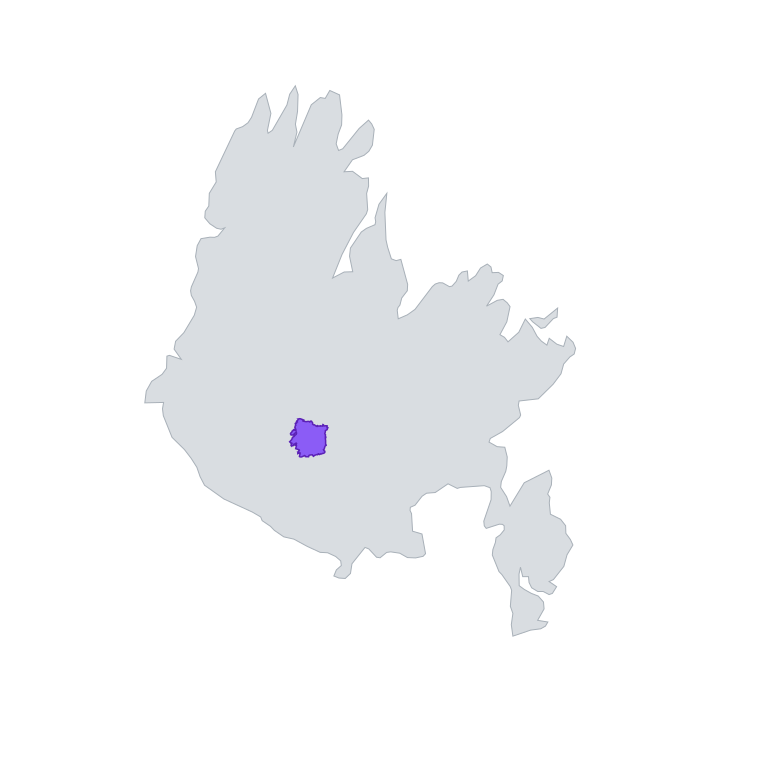 Edenderry Lea-6, Offaly, Ireland shown in context, rotated 130°
{"feature_id": "5873133B48901885331675", "entity_name": "Edenderry Lea-6", "entity_type": "district", "adm_level": 2, "iso_a3": "IRL", "parent_name": "Ireland", "parent_adm1": "Offaly", "projection": "orthographic", "projection_center": [-7.208, 53.279], "detail": "fine", "context": "in_parent", "style": "filled", "palette": "violet", "viewbox_px": 768, "rotation_deg": 130, "n_neighbors": 0, "source": "geoboundaries", "source_scale": "gbopen_adm2", "svg_char_len": 8538}
<svg xmlns="http://www.w3.org/2000/svg" viewBox="0 0 768 768"><g transform="rotate(130 384 384)"><path d="M473.1,144.3L460.0,153.6L458.0,157.1L454.2,171.3L453.8,175.3L445.4,191.1L440.8,194.2L433.8,196.8L429.8,199.3L424.8,198.0L418.5,198.1L415.3,200.9L415.4,203.1L417.3,205.6L428.9,212.9L428.2,216.0L424.9,219.4L403.8,227.6L397.5,232.7L395.3,236.1L397.4,241.8L414.1,259.0L416.9,260.8L419.3,270.8L434.2,275.0L440.3,281.2L445.5,282.7L456.9,282.3L461.5,284.6L464.1,282.8L465.6,279.6L478.4,267.5L474.5,258.5L487.3,243.1L490.9,243.3L496.9,248.0L501.9,254.5L503.5,263.2L508.3,271.0L511.3,273.7L519.6,275.3L521.5,278.3L520.1,289.7L521.4,293.5L542.3,293.0L550.7,287.9L557.9,288.7L561.6,293.8L563.3,299.0L557.0,301.0L550.5,300.0L547.3,303.5L547.2,310.2L549.5,318.7L554.0,324.7L557.7,338.3L560.8,353.4L565.5,362.5L566.6,373.9L566.0,379.5L567.0,389.5L565.1,393.0L566.7,402.4L575.0,432.7L576.9,456.4L573.2,465.3L568.1,473.8L564.9,483.9L562.5,494.7L561.1,512.1L550.1,532.7L545.3,537.8L539.8,541.0L552.2,555.1L542.2,561.6L531.3,563.7L519.2,560.2L511.7,560.7L502.2,568.2L500.0,566.8L495.4,555.1L492.2,567.2L485.2,571.1L473.3,570.3L453.3,573.5L445.6,576.9L442.4,582.3L440.0,588.5L436.9,592.1L433.4,594.0L417.9,598.5L414.8,600.3L407.5,610.3L398.1,616.0L390.3,617.6L383.4,611.7L380.6,608.1L377.5,606.3L366.8,606.4L370.2,608.3L372.3,612.4L373.2,620.4L371.9,628.1L366.5,632.0L360.3,632.6L350.2,640.4L337.1,642.4L329.8,649.6L286.1,661.0L283.6,661.1L277.7,657.7L271.3,656.1L264.8,656.9L246.3,663.3L237.5,661.6L249.4,644.6L264.7,636.3L266.4,634.0L261.5,632.6L232.7,637.7L222.6,642.5L212.6,643.6L217.5,635.9L230.7,625.5L242.0,618.8L247.0,612.6L260.7,605.8L216.8,619.2L205.5,616.9L203.0,612.6L194.0,614.2L191.1,603.9L204.9,589.2L212.8,583.0L221.9,579.8L230.8,575.0L234.3,568.9L230.3,566.8L204.2,567.3L191.8,565.5L192.7,560.6L195.2,555.2L208.5,546.4L215.5,545.2L221.7,546.3L232.5,552.3L247.1,551.0L241.3,544.8L240.6,532.7L236.1,528.4L242.3,523.0L249.2,519.8L260.9,508.6L265.0,506.9L287.5,504.8L311.8,499.4L335.9,491.5L323.8,486.5L318.1,480.1L308.3,492.5L301.4,497.1L282.2,499.1L276.1,497.5L267.7,493.3L265.0,494.7L262.4,497.7L249.5,503.4L236.1,504.4L252.0,493.6L272.3,475.1L276.9,469.1L283.4,458.8L281.7,454.0L277.7,451.2L292.5,429.9L297.6,426.1L306.7,425.7L313.4,422.5L316.3,422.5L319.0,421.3L324.9,415.0L316.1,410.6L306.9,408.2L278.3,409.6L274.5,409.0L271.0,406.9L268.8,404.0L267.4,396.5L265.3,394.8L258.9,394.6L252.5,396.6L248.1,396.2L243.8,392.8L251.0,385.6L242.2,383.4L233.1,384.6L225.7,382.0L225.6,377.3L229.2,372.7L224.9,368.0L224.2,362.3L229.1,359.7L234.2,360.8L245.0,357.1L258.5,355.5L247.1,351.0L242.6,347.2L242.6,341.8L243.7,337.2L257.4,329.9L271.7,326.9L270.8,321.7L272.0,316.1L257.7,314.0L243.4,317.5L245.3,306.8L249.1,297.3L250.0,291.0L249.5,284.2L242.8,286.8L242.4,277.2L239.8,270.5L229.9,274.7L230.5,266.0L233.6,260.1L238.8,257.6L243.8,259.0L253.2,259.2L262.4,255.0L275.5,254.3L296.2,256.3L310.2,269.6L314.0,267.4L319.9,259.4L322.6,258.6L344.1,262.6L357.4,267.6L361.0,266.2L359.3,257.1L354.8,250.8L360.7,242.7L367.8,237.3L372.6,234.6L383.4,231.4L388.2,228.2L391.5,217.7L396.6,209.0L369.5,213.1L344.0,202.2L348.2,195.0L353.7,190.9L363.1,187.9L364.1,184.1L368.8,181.0L376.8,172.8L374.1,161.8L375.8,153.8L381.5,148.7L383.3,141.3L385.9,135.8L397.2,134.0L408.1,129.0L424.9,128.5L429.2,130.6L428.3,121.5L436.2,120.4L439.2,122.2L440.6,128.6L444.1,132.8L445.2,139.9L442.8,145.3L438.7,149.5L442.4,153.9L436.6,161.7L442.8,158.4L451.6,150.8L451.2,144.5L449.7,136.6L447.3,129.5L448.5,121.7L453.4,116.8L466.3,114.4L461.0,105.5L465.7,104.7L470.8,106.6L478.3,113.5L494.3,123.2L486.5,131.8L476.9,137.8L473.1,144.3ZM240.8,310.2L240.2,314.3L234.1,308.9L231.3,303.1L214.2,299.8L221.6,294.4L225.0,296.3L237.2,297.0L240.5,299.5L240.8,310.2Z" fill="#d9dde1" stroke="#a8b0b8" stroke-width="1"/><path d="M459.1,415.5L459.2,415.9L459.3,416.0L459.6,416.3L459.7,416.2L459.8,416.2L460.3,416.3L460.5,416.5L460.8,416.5L460.9,417.3L461.4,418.1L461.8,418.5L462.5,419.0L462.9,419.5L463.1,419.7L463.5,420.4L464.5,422.2L464.4,422.4L463.2,422.2L463.4,423.0L463.8,424.2L464.0,424.4L464.1,424.5L464.1,425.2L464.3,425.5L464.5,425.9L464.7,426.2L464.8,426.2L465.0,426.5L466.0,427.3L466.0,427.2L466.2,426.9L466.5,427.0L466.8,426.9L467.2,426.8L467.6,426.9L467.8,426.9L468.0,427.0L468.4,427.0L468.5,426.8L468.6,426.4L468.9,426.7L469.2,426.8L469.3,426.8L469.5,426.7L469.5,426.4L469.3,426.3L469.5,426.0L469.8,426.1L470.0,425.9L470.5,425.9L470.7,426.1L470.7,426.4L470.8,426.5L471.1,426.6L471.3,426.6L471.6,426.1L471.9,425.7L472.0,425.4L472.2,425.2L472.3,425.2L472.5,425.0L473.0,425.1L473.5,424.9L473.8,424.8L473.9,424.6L474.2,424.4L474.3,424.2L474.5,424.2L474.8,424.2L474.9,423.9L474.9,423.7L475.0,423.5L475.2,423.4L475.3,423.3L475.4,422.8L475.3,422.5L476.4,421.4L476.6,422.1L476.7,422.4L476.8,422.6L476.8,422.8L476.7,423.3L476.8,423.4L476.9,423.6L477.1,423.6L477.0,423.8L477.3,423.9L477.6,423.8L477.9,423.9L478.3,423.8L478.7,423.9L478.9,424.1L479.0,424.1L479.3,424.0L479.4,423.9L479.6,423.9L479.9,423.7L480.9,423.8L481.2,423.9L481.4,423.8L482.0,423.8L482.1,423.6L482.3,423.5L482.5,423.3L482.5,422.9L482.8,422.4L482.5,422.0L482.1,421.6L481.2,420.6L480.3,420.8L478.2,420.5L477.7,420.4L477.4,420.0L477.7,419.6L477.8,419.6L478.2,419.4L478.3,419.1L478.7,419.0L478.9,418.9L479.1,419.0L479.3,419.0L479.6,419.0L479.8,419.1L480.0,419.1L480.2,419.3L480.4,419.3L480.6,419.3L480.9,419.2L481.1,419.2L481.1,419.3L481.4,419.4L481.5,419.3L481.9,419.4L482.0,419.3L482.1,419.2L482.6,419.5L483.0,419.5L483.3,419.7L483.5,419.7L483.8,419.6L484.0,419.4L484.2,419.5L484.3,419.5L484.5,419.6L485.3,419.1L486.0,419.0L488.3,419.1L488.9,419.2L489.0,418.8L489.0,418.0L488.9,417.9L488.9,417.6L489.0,417.1L488.8,417.0L488.7,416.8L488.6,416.7L488.8,416.5L489.0,416.5L489.0,416.4L489.2,416.5L489.2,416.3L489.3,416.2L489.5,416.1L489.8,416.0L490.0,416.1L490.3,415.8L490.5,415.9L490.8,415.8L490.9,415.3L491.0,415.1L490.9,415.1L490.6,414.8L490.3,414.6L490.2,414.5L490.1,414.4L490.0,414.2L489.7,414.2L489.1,413.7L488.8,413.6L488.8,413.8L488.5,414.2L487.8,414.3L487.0,413.6L486.8,413.6L486.6,413.5L485.8,413.4L485.9,413.0L485.8,412.8L485.8,412.7L486.0,412.6L486.4,412.5L486.8,412.6L487.2,412.5L487.5,412.6L487.7,412.3L487.5,412.1L487.3,412.0L487.2,411.8L487.3,411.6L487.9,411.2L490.3,410.1L489.0,406.7L489.0,406.4L489.2,406.2L489.9,406.3L490.0,406.1L490.7,405.9L490.9,405.9L491.4,405.8L491.4,405.7L491.5,405.8L491.5,405.7L491.7,405.9L491.7,406.0L492.7,405.3L491.3,404.6L491.4,404.4L491.0,404.1L490.8,403.8L493.9,402.2L493.8,401.4L492.8,400.2L489.8,398.8L489.8,398.6L489.9,398.3L489.8,397.9L490.1,397.6L490.0,397.4L489.9,397.3L489.9,397.0L489.1,396.2L488.5,395.3L488.3,395.1L488.2,395.0L487.5,395.3L487.2,395.5L486.9,395.5L486.6,395.5L486.5,395.4L486.1,395.1L485.7,394.8L484.3,393.4L484.3,393.2L484.5,392.8L484.6,392.2L484.8,391.6L484.3,391.4L483.7,391.5L483.5,391.4L483.0,391.1L482.6,391.0L482.4,390.8L481.5,390.3L481.3,390.1L481.0,389.5L480.6,389.4L480.4,389.5L479.7,389.5L479.5,389.3L479.7,388.6L479.7,388.4L479.6,388.2L479.4,388.2L479.2,388.1L479.1,387.9L478.9,387.8L478.5,387.8L478.5,387.7L478.3,387.5L478.1,387.2L477.7,386.9L477.5,386.7L476.8,386.6L476.6,386.4L476.4,386.1L476.2,385.9L475.4,385.5L474.9,385.4L474.6,385.4L474.0,385.6L473.9,385.7L473.8,385.9L473.6,386.2L473.5,386.4L473.7,386.6L473.7,386.9L473.7,387.1L473.5,387.6L473.3,387.9L473.2,387.8L473.1,388.0L473.0,387.9L472.8,388.1L472.7,388.1L472.3,388.0L472.2,388.1L471.8,388.2L471.5,388.3L471.4,388.4L471.0,388.6L470.9,388.6L470.7,388.8L470.1,388.9L469.9,389.1L469.5,389.2L468.6,389.2L468.3,388.9L468.0,388.9L467.9,389.0L468.1,389.4L467.9,389.8L464.7,392.5L463.6,393.8L463.3,394.0L463.2,394.0L462.9,394.0L462.7,394.0L462.4,394.1L462.0,394.6L462.4,394.8L460.9,396.0L460.6,396.1L460.4,396.3L460.3,396.8L460.2,397.0L460.2,397.4L460.1,397.5L458.5,398.1L457.5,398.9L456.1,398.5L455.8,398.3L455.6,398.4L455.4,398.3L455.2,398.5L454.9,398.6L454.6,398.6L454.6,398.8L454.4,399.0L454.2,399.0L453.8,399.2L453.6,399.1L453.6,399.3L453.5,399.5L453.6,399.8L453.7,400.0L453.4,400.4L453.2,400.4L452.8,400.5L452.6,400.6L452.7,400.9L453.0,401.2L453.4,401.8L454.4,402.7L454.9,403.3L454.9,403.5L454.6,403.8L454.3,403.9L454.2,404.0L454.3,404.7L456.0,404.2L456.9,405.9L457.4,405.8L457.9,406.8L458.4,407.1L458.6,407.5L458.6,407.8L458.8,407.8L459.2,407.8L459.2,408.1L459.0,408.4L459.7,408.6L459.6,408.8L459.7,409.0L459.8,409.0L460.0,409.6L459.9,410.9L460.1,411.2L460.4,411.6L460.5,411.6L460.6,411.8L460.6,412.0L460.6,412.3L460.7,412.6L460.6,413.0L460.1,413.2L459.6,413.8L459.5,414.5L459.4,414.8L459.2,415.1L459.2,415.3L459.1,415.5Z" fill="#8b5cf6" stroke="#5b21b6" stroke-width="1.5"/></g></svg>